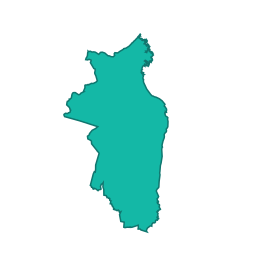 outline of Hå nor, Rogaland, Norway, rotated 214°
{"feature_id": "86288312B80331552977224", "entity_name": "Hå nor", "entity_type": "district", "adm_level": 2, "iso_a3": "NOR", "parent_name": "Norway", "parent_adm1": "Rogaland", "projection": "orthographic", "projection_center": [5.745, 58.591], "detail": "fine", "context": "isolated", "style": "filled", "palette": "teal", "viewbox_px": 256, "rotation_deg": 214, "n_neighbors": 0, "source": "geoboundaries", "source_scale": "gbopen_adm2", "svg_char_len": 5849}
<svg xmlns="http://www.w3.org/2000/svg" viewBox="0 0 256 256"><g transform="rotate(214 128 128)"><path d="M81.7,46.5L78.5,47.8L76.0,43.4L74.8,43.7L73.2,45.3L71.2,46.5L71.0,47.2L70.2,47.1L69.0,48.2L65.2,53.1L63.8,51.3L63.2,49.9L62.5,50.2L61.6,51.0L60.3,50.7L54.2,52.5L54.7,52.7L54.4,53.1L54.9,52.8L55.4,53.4L55.8,54.8L55.9,56.1L54.8,59.2L54.3,59.7L53.4,59.9L54.4,61.5L54.4,62.4L54.2,62.6L54.2,63.6L52.8,64.3L52.7,65.5L53.3,66.4L53.3,66.9L53.1,67.4L52.3,67.9L52.6,68.1L52.3,68.4L52.4,69.0L52.0,69.5L51.9,70.0L52.5,70.6L52.4,70.4L52.7,69.8L53.8,69.9L54.0,70.6L53.3,70.7L53.7,71.1L53.6,71.5L54.9,72.6L55.1,73.6L55.4,74.0L57.1,74.6L56.6,75.7L57.1,75.9L57.1,76.2L56.6,76.6L56.6,77.0L55.9,78.1L55.7,78.8L57.8,79.8L58.3,80.4L58.3,81.0L59.1,82.0L61.2,82.0L61.8,82.6L61.6,83.2L62.1,82.7L62.3,82.9L61.8,83.4L61.4,83.2L61.4,83.8L61.9,84.2L63.2,84.5L64.3,85.6L64.1,86.6L64.3,88.3L69.1,91.4L69.5,91.9L69.7,93.6L69.3,95.8L69.6,96.6L72.2,100.9L75.3,107.1L76.6,108.4L77.3,109.9L80.2,115.1L81.0,117.5L83.8,123.5L88.0,129.0L88.9,130.9L88.7,131.2L89.3,130.7L88.8,131.4L90.0,132.5L90.4,133.3L91.7,136.8L92.5,140.1L93.1,141.3L94.3,142.7L94.5,143.8L94.4,145.2L94.1,146.2L94.5,147.2L95.7,148.5L95.7,149.0L95.5,150.0L95.7,151.3L98.4,155.7L100.4,157.7L100.6,158.7L101.7,159.1L102.9,158.9L103.8,159.2L105.6,160.6L105.8,161.0L105.5,161.0L105.7,162.0L105.2,162.3L105.6,162.5L105.1,162.6L104.9,162.2L104.9,162.6L105.5,162.9L105.8,163.7L105.8,164.0L106.6,165.2L109.0,166.3L110.0,166.3L110.4,167.0L110.6,168.3L114.8,169.6L118.4,169.8L122.2,169.2L123.5,168.6L124.8,168.6L125.8,168.1L128.0,168.5L134.2,170.7L140.5,174.5L141.5,175.5L142.2,176.9L143.0,177.0L143.2,177.5L143.7,177.8L144.2,179.5L144.9,180.0L144.7,180.6L145.1,180.5L145.1,180.8L145.5,180.5L145.1,181.1L145.7,180.7L145.2,181.1L146.0,181.0L145.7,181.3L145.7,181.6L145.1,181.7L145.7,181.8L146.5,180.9L146.3,181.3L147.0,181.2L146.7,181.4L146.6,181.7L147.0,181.4L147.3,181.7L146.7,181.9L146.7,182.3L147.2,182.1L147.4,181.6L147.8,182.1L148.0,181.7L147.8,181.6L148.2,181.6L148.2,181.9L147.8,182.3L148.7,182.7L148.9,183.4L149.2,183.5L148.9,184.2L149.1,184.2L149.6,185.0L150.1,186.3L150.2,187.7L150.0,188.3L149.5,188.6L148.6,188.6L149.3,189.5L149.8,189.8L149.8,190.2L147.7,189.8L147.5,190.1L148.2,190.3L147.4,190.5L147.8,190.8L148.1,191.8L148.9,191.9L148.8,192.4L149.2,192.1L151.0,192.9L151.8,192.8L151.6,193.7L149.7,193.4L149.6,193.5L149.9,193.9L149.2,193.9L149.3,193.5L149.0,193.1L148.3,192.9L148.6,192.8L148.1,192.3L146.9,192.3L146.7,192.7L146.1,191.3L146.2,190.5L145.8,190.4L145.7,191.1L146.3,193.4L147.4,194.4L147.3,195.1L148.1,195.8L146.1,195.2L145.8,195.3L146.8,195.9L146.8,196.1L146.4,196.2L146.4,197.0L145.7,196.8L145.7,198.1L146.1,198.4L147.0,199.2L147.9,199.0L148.4,199.4L148.6,199.8L148.2,200.2L148.2,200.6L148.4,201.2L148.1,200.9L147.8,202.6L148.7,202.7L148.8,202.9L148.7,203.3L149.3,203.3L149.3,203.7L150.4,203.3L150.2,204.3L150.9,204.5L151.0,203.9L152.1,204.0L152.1,203.6L152.9,203.4L152.9,204.2L153.4,204.3L153.8,205.4L154.3,205.5L154.8,205.2L154.9,203.3L155.1,202.3L154.7,201.0L155.6,200.8L155.3,201.2L155.4,201.4L156.1,201.7L155.3,202.1L155.3,203.1L155.5,203.9L155.1,205.0L155.5,205.0L155.4,204.8L156.2,205.0L156.1,205.4L155.6,205.4L155.9,205.9L155.5,205.9L155.5,207.3L156.3,206.9L156.2,207.8L157.5,208.0L157.5,208.4L158.8,208.7L158.9,207.8L157.6,207.9L157.6,207.3L158.1,207.4L158.4,206.4L158.9,206.5L158.7,207.6L159.1,207.6L159.1,207.0L160.8,207.4L161.2,207.1L161.2,207.5L161.7,207.3L161.6,208.8L162.4,210.4L161.3,210.0L161.3,209.6L160.9,209.6L160.9,208.8L160.5,209.0L160.4,209.9L160.5,210.3L161.0,210.3L161.1,210.7L161.0,211.1L162.5,211.7L162.8,209.5L163.9,210.5L164.6,209.7L164.5,209.1L165.1,209.2L165.4,207.9L165.5,208.7L166.3,209.9L167.4,209.6L167.6,208.7L168.8,209.2L169.3,208.9L169.6,209.3L169.7,208.6L170.0,209.6L169.3,210.0L169.5,210.8L169.4,210.9L169.5,210.9L169.4,211.1L169.6,211.3L169.8,212.4L170.4,212.6L170.5,210.5L170.8,209.0L170.6,207.9L170.9,207.2L171.2,204.8L171.7,203.1L171.8,201.6L172.3,200.5L172.2,200.4L172.8,196.6L174.3,193.1L175.9,191.4L175.9,190.6L177.7,186.8L178.5,184.5L181.0,183.1L180.9,181.7L179.6,180.7L180.1,178.7L182.1,177.6L183.5,177.5L185.0,176.7L189.1,177.2L191.7,176.5L193.1,175.3L193.4,172.7L197.4,172.6L198.9,172.0L200.4,170.8L202.1,170.6L203.5,169.3L204.1,169.4L203.7,168.8L203.5,167.8L202.2,165.5L201.8,163.9L201.8,162.5L201.3,161.0L199.5,161.9L199.4,162.6L198.7,162.8L198.4,163.3L196.5,163.6L196.0,162.6L195.8,161.3L195.4,161.0L189.6,158.2L188.2,158.5L187.1,156.8L186.7,155.5L185.9,154.5L183.7,153.2L179.9,150.0L180.2,148.1L181.8,145.4L183.4,144.5L183.7,143.6L184.5,142.6L184.5,142.1L184.7,141.8L185.5,141.7L186.0,140.7L187.0,140.2L187.6,139.3L186.2,137.3L185.3,133.0L185.1,133.1L186.6,130.4L186.7,128.8L187.7,127.9L191.4,127.9L192.6,127.2L193.3,126.4L193.3,125.0L193.0,124.0L191.8,121.3L192.2,119.3L192.6,119.2L192.4,119.0L192.6,118.4L192.4,117.2L193.2,116.2L192.9,115.2L191.8,112.9L188.3,112.3L187.0,111.6L186.1,110.6L185.5,110.7L184.9,108.5L185.8,107.4L186.2,106.2L188.1,105.2L188.7,103.5L188.2,102.8L186.9,102.0L172.2,106.9L153.8,112.2L154.6,109.4L156.4,106.1L156.8,101.8L156.4,101.3L156.3,100.8L157.0,98.5L155.2,96.5L151.8,96.9L150.9,96.5L149.3,94.5L140.6,91.8L140.5,91.1L140.3,91.7L137.8,90.9L134.1,79.2L131.8,75.7L130.5,73.2L131.5,73.0L131.1,70.5L127.1,59.3L126.1,59.3L125.1,58.5L124.6,58.8L122.9,58.5L123.0,58.0L122.6,57.9L121.9,58.7L122.0,59.2L120.7,59.5L117.8,59.3L117.6,60.5L116.3,61.8L116.2,62.3L118.1,64.0L118.7,66.6L118.0,67.2L118.0,68.7L115.8,65.1L113.7,63.5L110.4,58.8L108.2,59.8L106.5,58.6L106.1,59.1L104.9,58.8L104.0,59.4L103.4,59.1L103.1,58.3L102.7,57.9L101.5,58.0L101.6,57.8L100.8,56.7L100.4,55.3L99.2,55.9L98.9,55.4L97.7,55.1L97.6,54.6L96.3,54.3L95.3,53.5L94.3,53.4L94.5,52.8L94.4,52.5L91.5,53.4L91.0,53.3L90.5,53.7L90.3,54.5L88.7,54.3L88.6,53.7L87.7,53.3L87.1,54.4L86.6,51.5L81.7,46.5Z" fill="#14b8a6" stroke="#0f766e" stroke-width="1.5"/></g></svg>